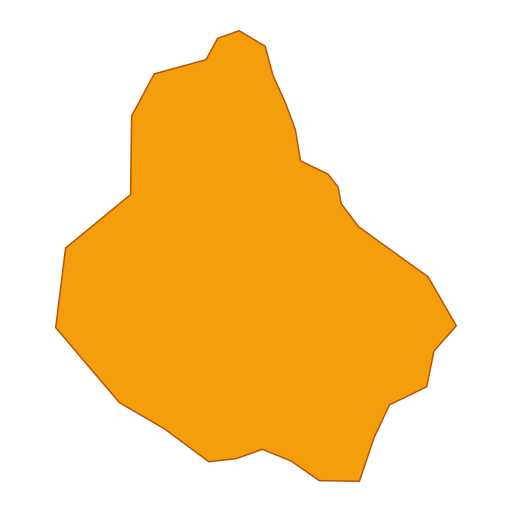 SVG path tracing the border of Monseñor Nouel
{"feature_id": "DOM-1976", "entity_name": "Monseñor Nouel", "entity_type": "Province", "adm_level": 1, "iso_a3": "DOM", "parent_name": "Dominican Republic", "parent_adm1": "", "projection": "albers", "projection_center": [-70.39, 18.916], "detail": "fine", "context": "isolated", "style": "filled", "palette": "amber", "viewbox_px": 512, "rotation_deg": 0, "n_neighbors": 0, "source": "natural_earth", "source_scale": "10m", "svg_char_len": 519}
<svg xmlns="http://www.w3.org/2000/svg" viewBox="0 0 512 512"><path d="M273.2,76.0L285.6,103.2L295.4,129.8L300.5,160.9L328.1,174.2L338.0,187.0L341.3,203.9L358.4,226.5L381.2,243.2L428.0,276.7L456.3,325.8L434.0,350.9L426.7,386.8L389.5,404.8L374.1,437.5L359.4,481.3L319.2,480.6L291.3,461.1L262.3,449.3L236.0,458.7L208.8,461.7L165.1,429.3L119.4,402.6L55.7,327.6L65.6,248.0L130.6,194.6L131.6,116.1L154.3,73.8L206.0,59.7L217.7,38.3L239.1,30.7L265.1,46.2L273.2,76.0Z" fill="#f59e0b" stroke="#b45309" stroke-width="1.5"/></svg>